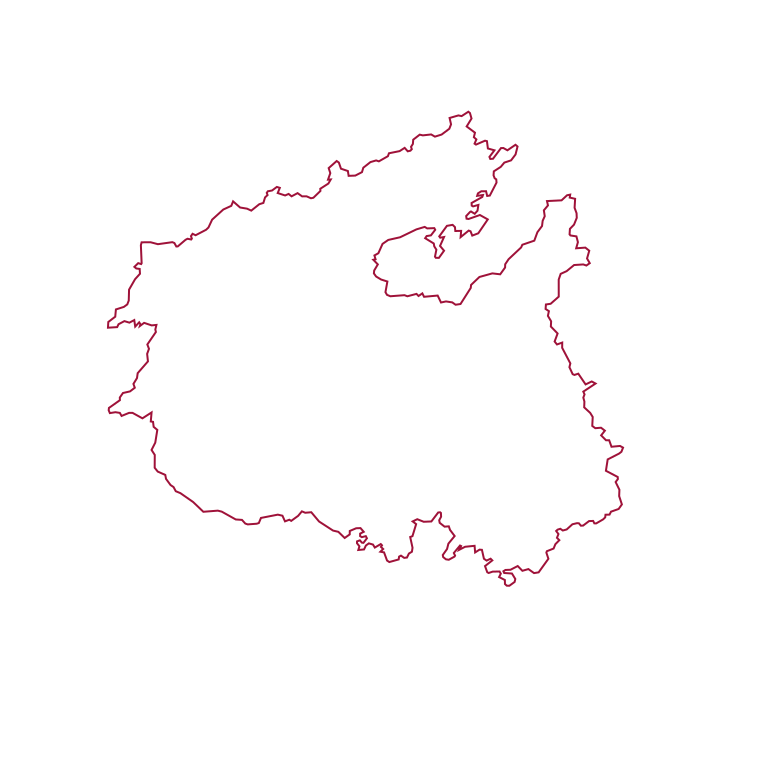 the Republic of Bashkortostan, rotated 332°
{"feature_id": "RUS-2378", "entity_name": "Bashkortostan", "entity_type": "Republic", "adm_level": 1, "iso_a3": "RUS", "parent_name": "Russia", "parent_adm1": "", "projection": "robinson", "projection_center": [56.933, 54.055], "detail": "fine", "context": "isolated", "style": "outline", "palette": "rose", "viewbox_px": 768, "rotation_deg": 332, "n_neighbors": 0, "source": "natural_earth", "source_scale": "10m", "svg_char_len": 6142}
<svg xmlns="http://www.w3.org/2000/svg" viewBox="0 0 768 768"><g transform="rotate(332 384 384)"><path d="M446.9,164.9L448.1,167.3L447.1,173.7L452.1,179.0L450.5,183.6L456.5,186.5L464.0,186.6L467.3,183.3L476.2,181.7L482.0,182.9L484.0,185.0L494.4,184.7L496.7,182.6L507.1,185.7L513.1,185.2L514.2,189.7L516.9,190.4L518.8,189.7L519.2,187.3L522.2,185.6L524.5,182.0L532.6,180.6L535.0,182.7L542.8,185.8L545.1,189.5L552.0,190.8L561.5,189.3L565.1,186.2L566.8,179.9L575.8,181.8L578.3,183.9L586.3,183.2L587.1,185.1L585.9,190.7L577.9,195.4L582.3,204.8L579.2,208.3L580.4,211.4L576.8,214.3L577.6,215.8L587.4,216.6L588.9,217.9L586.3,224.8L591.2,229.5L583.7,233.0L583.5,235.2L586.0,236.3L598.1,230.6L600.2,231.7L602.7,235.6L612.4,234.5L613.4,237.0L607.9,243.1L601.2,246.2L594.2,245.0L589.0,247.1L580.8,247.8L578.7,251.2L578.3,254.3L579.2,256.0L577.9,259.0L565.9,267.3L563.4,266.4L564.6,261.7L560.4,259.5L556.4,259.8L554.6,261.6L560.1,263.6L558.6,265.0L546.3,265.3L545.2,267.7L546.0,269.0L551.4,270.2L547.9,274.9L544.0,276.3L541.8,272.5L540.7,272.5L535.4,274.3L534.5,276.8L536.1,278.0L548.0,279.8L552.9,287.4L538.0,295.2L531.6,294.4L532.1,289.8L530.8,288.3L520.6,290.3L524.0,285.0L518.8,282.4L520.3,278.8L519.3,275.7L513.8,273.9L502.1,279.6L502.3,281.2L506.0,282.4L498.3,288.4L499.6,294.5L491.7,298.4L489.0,296.9L488.8,295.5L493.3,290.0L493.0,286.1L493.9,283.3L488.8,274.6L491.1,273.4L495.2,274.8L501.6,271.9L501.6,270.0L495.2,266.9L493.7,264.4L485.2,262.7L467.1,262.0L455.4,258.8L448.5,259.6L440.4,265.9L435.9,266.0L435.1,269.9L432.9,269.3L434.7,275.5L428.6,279.2L427.0,281.6L427.5,285.4L430.5,290.4L435.1,295.1L428.4,303.6L428.5,306.7L430.8,309.5L443.8,315.2L445.8,317.5L455.0,319.7L455.8,322.5L460.4,322.0L460.3,325.8L472.9,331.1L472.6,338.8L477.5,340.2L482.6,344.0L484.4,347.6L489.1,349.3L505.7,339.9L507.4,337.4L518.5,334.3L531.6,337.2L538.1,341.7L545.6,338.0L547.2,335.2L552.6,332.3L569.2,327.8L571.5,326.0L584.0,328.0L590.7,322.0L597.7,318.7L600.7,314.4L604.7,311.3L606.7,305.7L612.6,303.3L613.8,299.0L627.0,305.2L634.2,303.3L637.3,304.2L635.5,306.6L639.7,310.2L635.0,317.9L634.2,323.6L632.2,327.8L626.6,332.5L621.0,334.3L618.1,339.0L618.4,340.4L623.2,344.0L621.8,349.8L617.4,354.4L625.8,358.1L627.8,362.7L622.2,368.5L622.4,373.9L618.3,374.4L616.1,372.0L607.7,368.2L598.2,370.1L591.7,369.7L587.3,373.8L579.3,388.9L568.8,391.4L564.3,389.8L561.9,393.6L563.8,397.1L560.7,400.8L561.0,407.1L558.3,411.6L561.0,420.9L554.6,426.6L555.3,430.3L560.8,431.1L558.3,435.7L558.2,453.3L555.6,456.2L555.2,463.9L556.4,465.4L560.4,466.1L561.8,479.0L568.6,479.3L571.0,482.9L556.4,484.3L556.2,487.3L553.6,489.6L552.7,493.6L549.8,498.6L552.5,506.3L552.8,511.1L548.2,518.8L549.8,522.2L555.1,524.5L557.1,528.9L551.6,531.3L553.6,537.9L556.4,539.4L555.4,546.2L563.3,549.5L565.2,552.4L561.8,555.3L558.8,555.8L546.1,555.6L539.2,564.8L546.7,575.8L545.9,577.7L542.5,579.3L542.2,587.9L539.0,593.4L537.5,602.0L532.5,604.5L524.5,603.3L521.8,605.2L518.2,603.4L516.7,605.6L513.9,606.4L505.9,606.7L504.3,605.8L504.4,603.1L500.7,601.3L493.3,602.5L491.3,601.5L490.7,598.5L489.1,597.5L484.5,596.3L477.0,598.2L473.1,597.3L471.7,594.6L468.9,594.1L467.0,594.6L467.6,598.4L464.5,601.0L465.5,604.2L460.1,605.9L456.5,608.9L449.3,608.1L448.2,609.1L447.1,615.5L432.1,622.9L427.7,621.4L424.6,615.2L418.5,613.9L416.6,607.5L408.5,607.4L403.9,605.2L401.5,605.4L401.4,607.3L408.0,611.4L408.4,617.8L406.4,620.1L400.0,621.0L397.7,619.7L396.9,617.4L398.7,613.8L395.0,608.5L398.1,606.3L398.0,603.8L391.9,600.7L387.7,600.0L386.8,598.7L387.7,592.2L396.8,590.6L396.1,588.3L391.7,588.1L390.2,585.2L392.6,576.4L390.6,575.1L385.4,575.5L388.0,569.4L379.2,565.8L372.5,565.7L376.0,563.3L375.3,562.3L366.3,566.0L366.2,568.9L365.2,569.5L358.7,569.6L356.4,567.9L355.0,564.6L355.6,562.6L362.2,559.3L365.9,555.2L375.0,551.4L373.8,543.8L374.4,540.1L370.5,538.4L368.0,532.7L368.8,530.2L372.1,528.0L373.7,524.6L373.3,523.6L371.5,522.9L361.3,527.6L354.4,524.3L349.9,519.0L344.8,518.8L346.6,522.8L337.7,531.7L335.3,531.4L332.3,542.0L329.9,545.2L326.4,545.4L322.8,548.0L320.2,547.0L318.4,543.5L316.3,543.5L314.6,545.8L305.1,543.7L303.8,541.3L305.0,532.7L302.1,530.4L305.8,529.3L304.8,526.4L306.5,525.5L306.0,523.8L299.1,524.1L298.9,520.6L295.8,517.6L292.2,518.1L288.7,520.7L283.4,518.5L286.1,515.8L285.4,511.9L286.3,510.3L289.3,510.7L290.0,513.7L291.3,514.6L296.5,512.2L296.5,509.8L292.5,508.8L291.5,507.1L292.7,504.9L296.7,505.0L295.6,500.2L291.7,498.3L284.8,497.7L283.1,500.7L277.0,501.5L274.3,493.1L270.2,489.5L262.1,474.9L259.6,463.1L254.0,460.7L251.7,457.9L246.3,460.1L237.8,461.3L236.7,459.4L232.1,458.8L232.5,452.6L228.9,449.5L212.5,444.5L208.2,448.0L206.0,447.6L197.8,444.0L196.0,442.1L194.8,437.3L189.5,434.0L180.8,420.5L177.8,417.8L164.5,412.0L160.1,398.7L153.0,384.8L149.8,380.9L149.8,376.2L148.1,373.0L147.0,365.4L148.2,361.6L143.1,355.1L142.2,350.3L148.3,339.0L147.8,333.1L154.5,328.4L162.3,318.1L160.5,313.7L162.3,309.0L160.5,307.6L165.4,300.0L154.6,300.9L148.4,291.4L145.3,289.8L137.3,289.0L137.2,285.5L133.6,282.8L128.3,281.0L128.6,277.9L129.9,276.0L143.2,274.3L144.4,271.9L149.3,269.4L156.3,271.3L162.2,270.3L162.8,266.3L168.7,262.8L171.6,258.8L186.2,253.2L189.0,246.2L193.0,242.6L193.6,238.0L207.0,231.0L207.7,228.5L210.8,225.0L206.4,223.2L200.9,217.4L195.7,218.2L197.0,216.9L196.8,214.6L191.3,216.5L193.5,210.3L188.0,210.3L184.3,206.6L177.7,206.6L175.1,208.5L166.7,204.7L169.7,199.8L178.3,198.4L182.3,192.3L190.5,193.8L194.7,193.2L197.8,190.5L203.2,181.0L213.4,174.6L220.3,172.1L222.3,167.7L219.5,165.7L218.6,163.4L223.7,161.9L225.9,164.1L226.7,163.6L234.5,147.3L236.5,145.1L244.5,149.3L250.0,154.4L263.7,159.4L265.1,161.1L265.2,165.1L266.5,165.7L276.5,163.5L278.7,163.5L281.6,165.9L282.6,165.4L283.0,162.8L285.5,161.5L287.5,164.2L299.3,164.3L302.5,163.4L309.4,158.2L324.0,154.5L332.8,155.0L336.5,151.9L339.8,160.6L345.4,164.9L348.2,168.6L358.3,166.7L362.5,167.5L366.6,163.4L369.9,162.5L370.2,160.2L371.9,159.3L376.0,160.6L381.9,159.7L384.1,161.9L379.8,165.5L385.2,171.1L389.0,171.4L390.5,174.9L397.3,174.9L399.8,179.9L403.8,182.0L406.7,185.7L409.1,186.4L418.5,183.7L419.4,181.7L429.0,180.9L433.0,178.4L430.5,177.3L435.6,172.6L436.5,167.4L446.9,164.9Z" fill="none" stroke="#9f1239" stroke-width="2"/></g></svg>